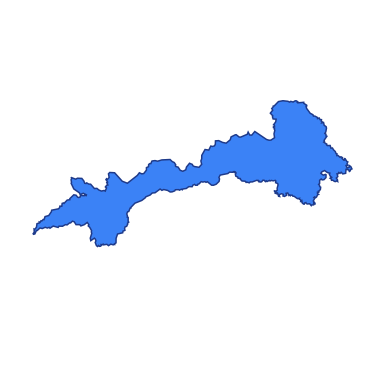 the district of Tulcan, Carchi, Ecuador, rotated 136°
{"feature_id": "8360857B85617002422218", "entity_name": "Tulcan", "entity_type": "district", "adm_level": 2, "iso_a3": "ECU", "parent_name": "Ecuador", "parent_adm1": "Carchi", "projection": "robinson", "projection_center": [-78.021, 0.901], "detail": "fine", "context": "isolated", "style": "filled", "palette": "blue", "viewbox_px": 384, "rotation_deg": 136, "n_neighbors": 0, "source": "geoboundaries", "source_scale": "gbopen_adm2", "svg_char_len": 6014}
<svg xmlns="http://www.w3.org/2000/svg" viewBox="0 0 384 384"><g transform="rotate(136 192 192)"><path d="M237.6,263.2L239.5,263.1L241.5,260.0L244.3,259.8L244.3,260.9L245.3,260.7L245.8,257.7L246.4,257.4L246.8,257.8L247.7,255.5L248.7,256.1L250.8,255.8L250.7,254.3L253.8,252.9L254.1,254.1L256.5,255.6L257.6,258.1L257.9,260.7L259.8,262.3L259.5,268.0L260.8,269.5L261.4,271.7L262.3,271.7L263.1,272.8L262.1,275.2L261.8,278.3L264.8,281.5L266.7,282.0L269.0,286.7L268.9,285.3L270.5,284.8L272.0,282.6L272.9,282.2L274.9,276.3L273.6,269.7L274.2,267.9L271.1,266.6L269.9,263.3L270.6,262.9L271.3,264.3L271.7,264.0L272.6,264.7L274.6,267.0L275.9,266.1L277.3,266.7L277.9,267.7L277.6,270.2L279.0,272.1L284.5,272.1L285.2,271.3L287.4,272.9L291.9,272.7L291.9,273.3L293.3,274.0L295.6,272.2L296.8,273.6L298.1,272.7L299.8,272.7L305.6,276.4L306.9,275.5L311.4,274.6L314.8,276.4L317.6,274.9L318.1,275.6L320.1,275.5L320.6,276.2L322.3,275.7L322.7,276.6L323.4,275.8L325.5,276.9L328.4,274.7L331.0,274.4L331.3,275.1L333.4,272.7L335.2,272.4L335.4,271.7L334.2,271.0L330.6,272.4L330.1,271.8L326.3,271.7L325.1,269.7L322.1,268.6L321.1,266.6L319.3,265.8L319.3,264.6L315.5,263.9L312.9,259.5L311.4,259.8L308.9,257.3L305.8,256.5L304.7,255.1L301.6,254.8L300.8,254.1L298.3,254.1L297.4,252.4L298.1,249.1L295.4,246.5L295.5,244.8L292.1,243.3L288.5,242.9L288.9,240.1L290.2,239.7L290.1,237.7L291.1,233.9L292.2,233.2L292.8,231.9L297.2,229.5L298.6,227.3L294.3,226.6L294.3,225.2L295.0,223.6L296.7,222.9L298.0,219.8L297.8,218.4L296.3,218.4L296.4,217.3L295.4,216.5L293.9,216.6L293.8,217.2L292.6,215.8L292.1,216.1L292.0,214.6L291.8,215.1L289.6,213.5L289.3,211.4L286.6,210.9L285.4,208.7L284.6,208.7L284.1,207.9L283.4,208.5L282.0,208.2L278.8,211.4L274.7,213.5L270.2,210.8L268.8,211.8L266.9,211.0L265.7,212.7L264.3,213.4L262.9,212.7L260.5,213.6L260.0,214.4L258.4,214.3L258.4,215.2L255.7,217.9L256.0,219.0L255.4,219.1L254.1,221.6L252.1,222.5L251.0,221.9L247.7,223.4L247.1,222.9L246.5,223.4L240.8,223.6L234.0,220.8L229.8,220.3L228.5,220.6L224.2,218.9L221.3,218.9L219.1,217.1L212.9,216.3L212.5,214.1L210.6,213.4L208.4,210.0L207.7,207.2L206.2,205.9L203.6,204.8L202.4,205.2L199.9,202.9L199.8,202.1L197.7,201.4L197.4,200.3L196.4,200.5L193.7,198.5L190.6,198.1L188.2,195.7L186.5,196.3L184.8,195.6L184.8,194.4L183.3,193.1L182.6,193.6L181.1,192.9L178.2,193.1L177.3,191.6L175.5,190.5L175.2,189.2L173.8,188.7L173.2,183.3L171.8,181.9L169.2,180.8L165.2,180.8L163.1,182.3L162.5,183.8L160.0,184.6L153.4,180.4L151.2,180.2L148.7,177.6L148.1,177.9L147.3,177.2L147.7,176.4L146.9,176.2L147.1,175.1L148.7,174.4L149.5,172.9L148.7,171.0L149.3,169.9L147.9,168.1L148.4,167.6L148.4,165.2L146.3,162.9L146.4,161.3L145.8,161.2L144.4,158.8L143.1,158.8L141.7,157.4L137.4,155.5L136.3,154.3L136.7,153.6L136.2,153.1L136.7,152.8L135.9,151.7L134.9,151.0L132.7,151.2L131.9,150.2L132.0,148.5L130.8,148.4L130.8,147.4L128.3,146.6L128.2,145.7L127.0,145.3L125.7,143.5L124.0,142.5L124.0,141.7L125.4,140.6L124.5,138.6L125.2,137.3L128.1,135.6L129.4,134.0L131.4,134.6L131.9,135.5L132.2,135.2L132.4,133.7L133.0,133.4L132.3,131.9L131.3,132.6L131.2,131.6L132.7,128.8L132.1,127.9L131.6,129.1L130.5,129.3L128.8,128.6L127.9,126.8L129.3,126.0L128.6,124.6L126.2,123.9L125.3,125.7L123.8,124.8L124.7,122.1L123.7,122.0L123.8,121.0L123.1,121.1L122.1,120.0L122.4,119.1L121.5,117.9L120.8,114.0L119.1,112.8L119.8,112.5L119.3,110.6L120.2,109.9L119.2,109.5L120.1,109.0L119.7,108.3L120.3,107.7L120.2,105.9L119.7,105.3L118.7,105.9L117.4,105.3L117.8,104.4L117.4,103.3L115.5,101.8L115.7,99.4L115.0,99.6L113.5,98.3L112.4,99.3L112.5,98.3L111.8,97.9L111.3,98.5L111.0,101.3L108.1,102.2L108.2,103.4L107.2,103.3L106.9,102.0L105.9,101.9L103.4,102.8L102.7,102.4L102.8,103.7L101.9,104.7L101.1,103.8L100.4,104.8L99.7,104.3L97.8,104.7L96.1,106.1L96.4,107.2L95.6,108.3L95.6,109.5L94.3,109.5L92.0,111.8L90.0,111.6L90.0,110.3L88.5,109.2L85.6,109.3L83.6,111.3L83.8,112.0L85.8,112.9L86.1,114.2L86.3,115.9L84.5,116.3L81.7,115.3L81.1,112.0L79.8,109.8L80.8,109.5L81.6,107.0L81.3,105.6L83.1,106.0L82.8,104.4L83.5,103.5L82.5,102.6L82.2,100.7L81.4,99.7L80.1,99.5L79.9,98.4L78.8,99.9L78.5,101.8L76.4,101.8L75.0,104.3L74.3,103.6L72.9,104.1L72.6,102.6L71.0,102.6L71.0,100.3L68.5,98.7L65.5,101.3L63.9,99.1L64.5,97.5L63.5,97.3L62.2,98.0L60.9,97.5L60.1,100.0L60.5,101.9L61.7,100.6L63.8,101.5L62.8,104.0L61.7,103.1L60.9,104.6L59.0,105.4L59.4,106.6L58.7,109.6L59.1,110.1L60.2,109.0L60.7,109.4L60.8,111.9L59.9,112.3L60.4,113.9L61.4,114.1L61.6,116.8L62.5,117.6L61.2,118.7L61.7,119.5L60.8,121.6L60.9,124.1L60.4,126.1L61.6,127.0L60.3,129.5L62.4,131.4L62.4,132.6L61.8,132.8L62.6,136.4L61.5,136.4L61.1,137.4L56.3,138.4L56.7,139.1L55.5,140.6L55.8,141.8L54.0,142.3L50.9,144.5L50.1,145.9L50.6,148.1L49.1,150.6L50.5,151.5L49.5,151.7L49.9,152.9L48.6,154.1L49.6,155.1L49.1,156.9L50.7,157.6L50.0,158.5L50.9,161.3L51.9,162.3L51.3,163.6L52.3,166.5L51.5,172.5L50.4,174.5L49.6,174.2L49.2,174.8L50.0,178.1L49.3,178.9L54.0,182.7L54.0,183.4L53.3,183.3L53.5,184.9L54.4,185.9L56.8,186.5L58.0,188.6L59.3,188.8L60.0,190.6L63.2,194.5L67.0,197.0L73.1,196.8L73.8,197.4L75.2,196.6L76.6,196.7L77.1,194.8L80.9,194.3L81.0,190.7L81.9,190.2L82.9,188.2L80.9,185.9L83.1,184.3L86.6,183.7L86.3,183.0L87.0,181.9L88.2,182.3L88.7,181.7L88.2,180.6L89.2,180.0L89.5,178.9L92.6,176.9L94.9,173.7L99.2,174.5L100.6,175.7L101.9,178.0L104.8,191.9L109.5,191.4L110.9,192.9L110.0,196.1L112.1,195.1L118.9,197.7L119.9,198.8L120.4,202.5L121.2,203.1L125.6,204.5L128.2,203.0L133.5,203.4L135.6,206.5L137.1,210.4L139.6,212.5L142.1,210.1L143.8,209.6L145.5,210.4L146.6,212.0L150.8,210.5L153.1,213.5L159.5,211.6L162.0,209.1L164.0,208.2L165.8,205.2L169.8,204.9L172.6,208.7L173.1,210.3L172.6,211.6L173.8,214.4L178.6,213.8L181.1,212.3L184.2,213.3L185.4,215.8L184.7,219.6L185.9,221.5L185.8,222.3L184.8,222.9L184.3,225.5L185.1,227.7L185.2,230.6L191.5,236.1L195.3,238.0L196.8,240.3L198.7,241.7L199.4,242.1L201.9,241.0L202.7,241.8L204.1,241.9L205.7,240.4L207.8,241.2L209.6,239.4L213.9,238.8L215.5,239.9L216.5,242.4L219.8,241.9L232.4,243.2L234.7,248.2L234.3,259.6L237.6,263.2Z" fill="#3b82f6" stroke="#1e3a8a" stroke-width="1.5"/></g></svg>